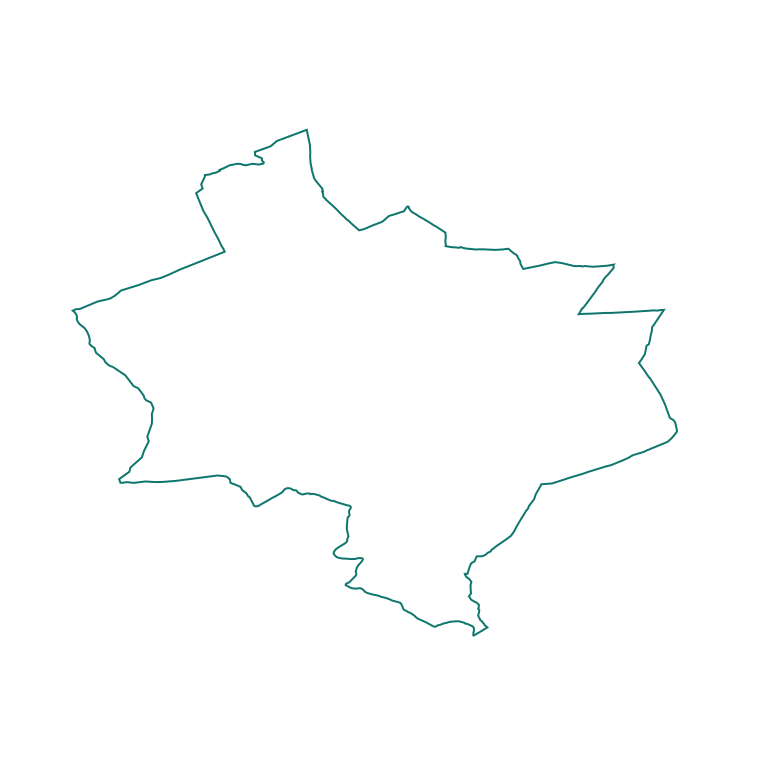 outline of Iveland nor, Aust-Agder, Norway, rotated 348°
{"feature_id": "86288312B22941385681513", "entity_name": "Iveland nor", "entity_type": "district", "adm_level": 2, "iso_a3": "NOR", "parent_name": "Norway", "parent_adm1": "Aust-Agder", "projection": "equal_earth", "projection_center": [7.955, 58.433], "detail": "fine", "context": "isolated", "style": "outline", "palette": "teal", "viewbox_px": 768, "rotation_deg": 348, "n_neighbors": 0, "source": "geoboundaries", "source_scale": "gbopen_adm2", "svg_char_len": 6158}
<svg xmlns="http://www.w3.org/2000/svg" viewBox="0 0 768 768"><g transform="rotate(348 384 384)"><path d="M565.5,512.4L583.7,510.8L589.0,510.6L602.5,508.2L607.8,507.0L612.5,505.4L624.0,504.4L627.2,503.6L648.5,499.7L650.1,499.2L654.0,496.8L656.8,494.8L660.2,491.9L660.9,490.9L660.9,486.2L660.7,481.9L660.0,480.1L658.7,478.6L656.6,476.7L654.6,462.3L652.2,451.8L645.2,433.3L644.6,432.7L641.3,424.5L637.7,416.5L641.0,413.6L645.5,408.8L648.8,401.1L651.3,400.2L653.4,396.0L654.0,394.2L655.5,390.8L657.5,386.6L657.5,385.9L657.8,384.9L658.4,383.8L659.8,382.7L673.2,369.7L670.1,369.2L666.3,369.0L663.0,368.0L659.5,367.6L645.1,365.5L621.5,361.8L615.8,360.6L599.7,358.0L594.0,356.9L589.0,356.2L592.8,352.2L592.9,351.7L594.8,350.8L598.2,348.0L610.8,336.8L612.0,335.4L614.3,333.3L619.0,329.6L619.8,328.2L621.6,326.5L623.0,325.4L626.4,323.2L629.0,321.1L632.3,318.7L633.0,317.7L632.9,315.6L633.5,315.0L626.7,314.7L612.9,312.8L604.4,310.2L603.7,310.4L601.6,310.0L601.1,309.6L599.8,309.3L598.9,309.0L597.9,309.0L594.4,308.1L583.1,302.7L576.9,300.4L570.4,300.3L560.8,300.6L544.1,300.4L542.6,295.5L542.5,294.0L542.7,292.0L541.3,288.6L541.0,286.5L539.9,284.7L538.5,283.6L535.8,280.3L533.9,277.6L531.4,277.3L529.0,277.2L520.9,276.0L507.9,272.6L501.3,271.4L492.0,268.4L488.7,266.8L487.7,266.0L486.0,266.4L478.0,264.0L473.7,262.3L472.9,261.9L473.5,260.5L473.5,259.0L473.7,257.0L474.7,254.0L475.3,251.2L475.2,249.6L475.6,248.7L466.9,240.0L466.4,239.8L460.9,234.3L458.4,232.1L457.8,231.4L453.5,227.7L449.8,223.9L448.8,223.2L446.5,220.8L445.0,217.5L445.0,215.8L444.4,215.3L443.6,215.3L441.6,217.0L439.3,219.3L436.5,219.4L430.0,220.2L424.2,220.6L421.6,221.8L418.3,223.8L415.7,225.0L405.9,226.5L396.4,228.4L391.6,228.5L385.6,220.4L383.4,217.1L381.6,215.1L380.6,213.4L376.5,207.6L374.0,203.4L369.8,197.4L367.8,194.8L366.3,192.5L365.5,191.6L365.4,190.8L364.4,189.6L363.8,188.5L363.6,187.8L364.0,184.3L363.5,183.1L364.4,182.7L364.0,180.9L364.3,180.2L360.8,173.5L359.5,170.9L358.3,167.9L358.3,166.1L357.9,160.1L357.9,159.1L358.1,157.5L358.1,152.9L358.9,146.8L360.1,141.9L361.2,134.9L361.3,119.3L329.8,124.0L322.6,127.9L306.2,130.1L306.3,130.4L305.9,130.7L306.0,131.1L305.6,132.1L305.5,133.3L305.7,133.7L311.4,137.8L311.4,138.3L311.1,139.9L311.6,141.0L312.3,141.8L312.5,142.4L312.1,143.0L311.2,143.4L309.5,143.2L308.1,143.4L306.8,143.2L301.0,141.2L294.3,141.4L293.0,140.7L291.6,140.4L290.4,139.4L287.9,138.5L284.8,137.9L284.1,138.1L278.2,138.0L273.5,139.3L267.7,140.4L267.9,141.3L263.6,142.3L259.6,142.3L257.7,142.8L252.2,142.4L251.8,144.1L246.7,150.7L247.2,155.1L239.9,158.3L243.3,177.1L245.8,184.4L249.6,199.5L252.2,208.4L253.9,215.7L255.0,218.3L255.7,221.5L208.4,229.6L196.4,232.3L187.6,233.9L178.3,234.1L164.4,236.2L146.1,237.9L141.9,240.3L138.8,241.8L134.2,243.4L130.1,243.7L122.5,243.7L120.4,243.9L101.9,247.4L98.2,246.8L94.8,247.6L96.6,249.8L97.7,252.9L97.7,254.5L96.9,257.0L97.3,258.8L98.5,261.9L102.8,267.1L104.4,271.0L105.4,275.6L105.4,279.9L104.2,283.4L105.6,285.8L108.4,288.7L108.4,290.7L108.9,293.7L115.1,301.5L116.0,304.8L118.4,308.1L120.1,309.6L122.3,310.9L132.7,321.6L138.6,333.9L142.7,337.1L146.4,344.9L146.7,347.9L147.9,350.4L152.3,353.7L153.5,359.9L150.5,365.6L150.0,369.5L148.6,374.7L141.5,386.4L142.0,391.1L135.1,399.9L131.9,405.4L118.7,412.9L116.7,416.9L105.1,422.0L105.7,425.8L107.7,426.3L111.0,426.4L113.5,426.9L116.9,428.2L119.7,428.8L130.2,429.7L139.9,432.4L146.7,433.7L160.4,435.5L202.3,438.9L210.6,441.7L212.7,444.2L213.5,445.4L213.3,447.0L213.4,448.9L216.8,451.0L222.3,454.8L223.3,458.5L224.8,459.9L225.5,461.0L226.5,462.0L227.9,465.8L229.2,467.0L230.1,470.7L231.2,474.3L231.4,475.7L231.6,476.1L232.5,476.8L234.3,477.2L236.0,477.2L238.1,476.3L245.9,473.9L250.3,472.4L256.7,470.6L262.0,468.7L264.5,466.6L265.5,466.1L267.1,465.8L268.1,465.9L269.2,466.1L271.0,466.9L273.5,469.1L275.8,469.7L276.1,469.9L277.4,472.5L278.2,472.9L280.1,474.6L282.0,475.2L285.1,475.0L287.3,475.4L288.5,475.7L289.1,476.5L289.8,476.4L291.8,476.7L294.4,477.9L297.3,479.4L298.8,480.5L299.2,481.2L300.5,482.0L301.3,482.3L304.1,484.5L307.3,486.7L308.3,487.3L310.6,488.0L313.3,489.8L316.3,491.5L322.2,494.7L324.9,495.9L325.7,496.6L325.9,497.5L325.8,498.3L323.6,500.6L323.3,501.5L323.1,502.6L323.2,504.9L322.2,506.1L321.3,506.6L320.5,507.5L320.2,508.3L318.2,515.1L317.5,518.0L317.5,525.7L316.1,527.6L315.7,528.4L315.6,529.5L314.6,530.7L312.7,531.8L306.3,534.0L302.6,535.6L300.0,537.8L299.5,539.7L300.5,541.8L301.8,543.5L303.6,544.7L307.5,546.2L310.9,547.0L315.3,548.4L319.2,549.1L322.7,549.0L325.1,549.5L326.7,550.1L326.9,551.2L325.9,552.5L321.5,555.8L319.4,557.8L317.7,560.8L317.3,562.0L317.5,563.1L317.3,564.5L316.6,565.6L309.5,570.3L308.4,570.8L305.8,571.4L305.1,571.8L304.8,572.1L304.7,572.5L304.8,572.9L308.9,576.3L310.8,577.4L314.5,578.4L318.0,578.7L319.0,579.2L320.4,580.3L321.8,582.6L322.6,583.7L325.0,585.4L329.1,587.5L334.4,589.8L337.2,591.7L340.7,593.3L344.8,595.8L347.3,597.7L352.7,600.4L354.5,601.6L355.2,603.1L355.8,605.6L356.1,607.8L356.5,608.9L359.2,611.1L360.6,612.5L361.6,612.9L363.0,614.2L365.5,616.8L366.8,618.8L368.0,620.3L376.2,626.4L382.3,631.6L383.6,632.1L384.6,631.9L386.1,631.3L388.8,631.2L393.2,630.6L395.0,630.7L398.3,630.3L404.0,630.9L407.0,631.4L408.6,632.0L410.1,632.8L412.5,634.0L413.5,634.8L413.6,635.2L415.2,635.8L417.5,637.3L420.7,639.9L421.1,641.2L421.1,641.8L420.7,644.0L419.7,646.0L419.2,647.9L419.1,648.4L419.4,648.7L430.1,645.2L431.2,644.7L434.5,643.6L433.7,642.4L432.8,641.6L432.1,640.3L432.0,639.5L431.3,638.3L430.6,636.9L429.1,634.8L428.6,632.7L428.1,631.6L428.1,629.5L429.5,627.1L430.2,624.6L429.4,623.4L430.3,621.9L430.9,619.8L430.8,619.4L429.1,617.1L427.0,615.5L424.5,613.2L422.9,609.3L423.7,608.7L425.6,606.9L425.7,605.4L426.8,598.7L428.3,595.8L427.0,592.8L426.1,591.6L424.8,590.4L424.3,589.7L423.7,587.4L423.6,586.5L426.3,587.0L428.4,583.0L430.6,579.4L432.1,577.4L435.6,576.4L438.8,571.9L444.4,572.9L447.7,572.2L450.6,570.6L453.7,569.9L454.4,568.8L460.8,565.7L471.5,561.3L476.4,559.0L480.6,555.3L483.6,551.5L487.8,546.9L496.7,537.5L498.8,536.0L500.4,533.5L506.3,528.4L507.4,527.2L508.4,525.2L510.2,522.6L515.7,516.6L517.0,514.8L527.8,516.2L539.0,515.1L543.5,514.5L561.4,513.0L565.5,512.4Z" fill="none" stroke="#0f766e" stroke-width="2"/></g></svg>